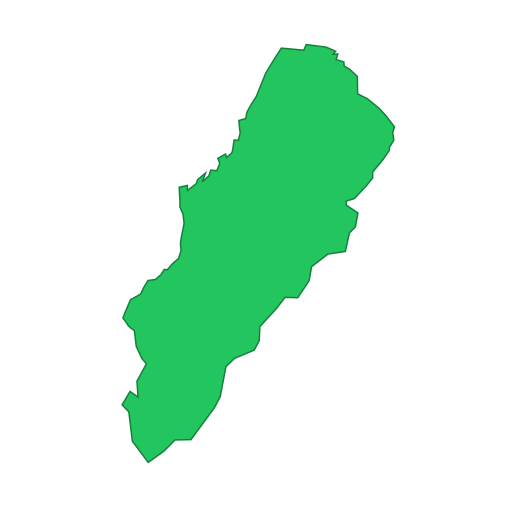 Malësi e Madhe, Shkodër, Albania, rotated 185°
{"feature_id": "67620474B62137861373373", "entity_name": "Malësi e Madhe", "entity_type": "district", "adm_level": 2, "iso_a3": "ALB", "parent_name": "Albania", "parent_adm1": "Shkodër", "projection": "albers", "projection_center": [19.601, 42.395], "detail": "fine", "context": "isolated", "style": "filled", "palette": "green", "viewbox_px": 512, "rotation_deg": 185, "n_neighbors": 0, "source": "geoboundaries", "source_scale": "gbopen_adm2", "svg_char_len": 1532}
<svg xmlns="http://www.w3.org/2000/svg" viewBox="0 0 512 512"><g transform="rotate(185 256 256)"><path d="M383.2,182.6L378.5,177.4L377.3,175.5L374.1,173.0L370.7,171.2L367.4,155.5L360.7,143.9L355.8,139.0L363.7,120.9L361.2,105.2L369.7,110.1L376.4,96.1L369.1,89.6L363.0,60.7L345.4,41.0L330.9,53.4L320.6,65.7L304.8,67.4L284.2,101.2L279.4,112.7L276.3,143.2L268.4,152.2L249.6,162.1L245.4,172.0L246.0,186.0L230.8,205.8L223.5,217.3L210.7,218.1L200.9,236.2L199.7,250.2L184.5,264.2L167.4,268.3L164.9,287.2L159.5,293.8L158.2,307.8L170.4,314.4L171.0,318.5L163.0,321.8L152.0,335.8L146.5,344.0L147.1,349.8L138.0,362.9L132.4,372.8L132.4,376.1L128.8,383.5L130.6,390.9L129.3,396.7L139.1,407.4L146.4,414.0L158.6,422.3L168.9,426.4L170.7,443.7L179.3,450.4L184.7,452.8L185.4,457.0L193.3,458.6L192.1,464.4L196.7,463.6L196.9,463.6L194.5,466.9L204.3,470.2L224.4,471.0L226.3,465.2L248.9,465.3L255.0,453.7L262.3,438.9L266.6,424.9L269.6,415.0L273.9,406.8L277.6,398.5L278.2,392.0L284.9,389.5L283.1,379.6L282.4,377.9L283.7,369.7L287.9,369.7L288.5,359.8L289.1,356.5L294.0,351.6L295.2,354.9L302.6,349.9L300.1,345.0L302.5,337.6L308.6,337.6L309.9,331.8L315.9,325.2L313.5,334.3L320.8,326.9L322.0,322.7L329.9,315.3L330.6,320.3L338.5,317.8L336.6,304.6L336.0,298.0L332.4,291.4L330.5,282.4L332.3,265.1L332.3,261.2L332.3,260.9L331.1,255.2L332.9,246.9L338.4,241.2L343.2,234.6L346.3,234.6L348.7,229.6L354.2,223.8L357.7,223.0L361.5,222.2L365.1,214.8L367.4,208.6L367.7,208.0L377.3,201.4L382.1,186.4L383.2,182.6Z" fill="#22c55e" stroke="#15803d" stroke-width="1.5"/></g></svg>